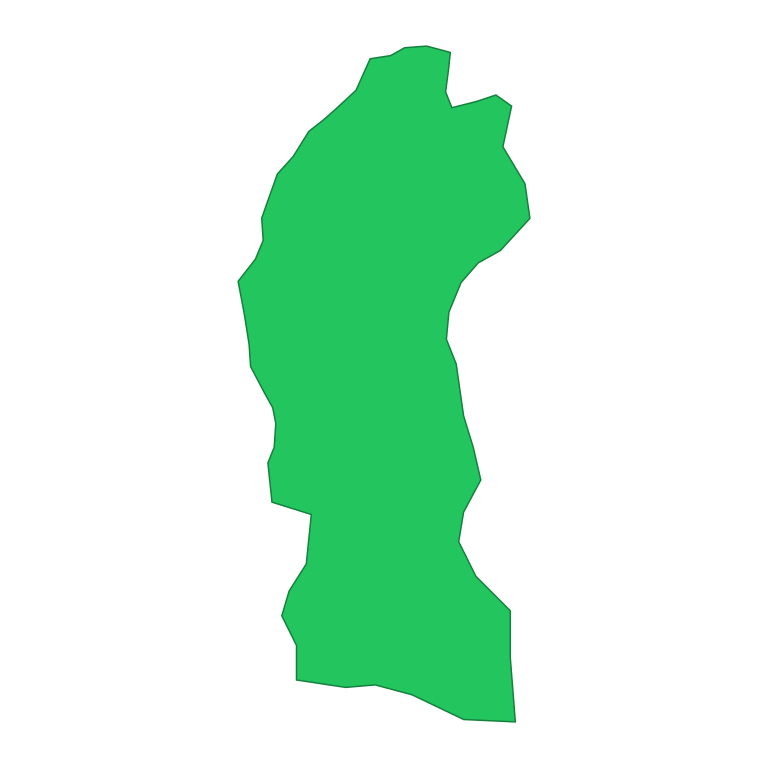 outline of Agios Theodoros Soleas, Nicosia, Cyprus
{"feature_id": "46923920B26695938470022", "entity_name": "Agios Theodoros Soleas", "entity_type": "district", "adm_level": 2, "iso_a3": "CYP", "parent_name": "Cyprus", "parent_adm1": "Nicosia", "projection": "orthographic", "projection_center": [32.933, 35.027], "detail": "fine", "context": "isolated", "style": "filled", "palette": "green", "viewbox_px": 768, "rotation_deg": 0, "n_neighbors": 0, "source": "geoboundaries", "source_scale": "gbopen_adm2", "svg_char_len": 854}
<svg xmlns="http://www.w3.org/2000/svg" viewBox="0 0 768 768"><path d="M426.7,46.1L404.7,47.7L390.6,55.6L370.2,58.7L356.0,90.3L335.6,109.2L323.0,120.3L308.9,131.3L293.1,156.6L277.4,174.0L269.5,196.1L261.7,218.2L263.2,240.3L255.4,259.2L238.1,281.3L244.4,314.5L249.1,344.5L250.6,366.6L264.8,393.5L272.7,407.7L275.8,423.5L274.2,447.2L267.9,463.0L272.0,502.2L311.3,514.5L306.3,563.9L289.1,591.1L281.8,615.8L296.5,645.4L296.5,680.0L345.7,687.4L375.2,684.9L412.0,694.8L463.6,719.5L515.3,721.9L513.5,698.3L510.3,657.7L510.3,610.8L475.9,576.3L458.7,541.7L463.6,512.1L480.8,480.0L473.4,447.9L463.6,415.8L456.2,364.0L446.4,339.3L448.9,312.2L461.1,282.5L478.3,262.8L500.4,250.5L529.9,218.4L525.0,183.8L502.9,146.8L511.6,106.1L495.9,95.0L477.0,101.3L451.9,107.7L445.6,91.9L448.7,68.2L450.3,52.4L426.7,46.1Z" fill="#22c55e" stroke="#15803d" stroke-width="1.5"/></svg>